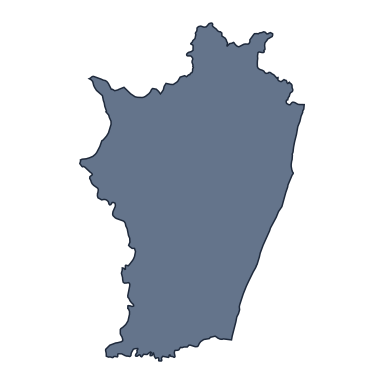 Vatomandry, Atsinanana, Madagascar (Mercator projection)
{"feature_id": "10022922B31178585124685", "entity_name": "Vatomandry", "entity_type": "district", "adm_level": 2, "iso_a3": "MDG", "parent_name": "Madagascar", "parent_adm1": "Atsinanana", "projection": "mercator", "projection_center": [48.762, -19.365], "detail": "fine", "context": "isolated", "style": "filled", "palette": "slate", "viewbox_px": 384, "rotation_deg": 0, "n_neighbors": 0, "source": "geoboundaries", "source_scale": "gbopen_adm2", "svg_char_len": 5881}
<svg xmlns="http://www.w3.org/2000/svg" viewBox="0 0 384 384"><path d="M166.0,83.4L164.2,86.3L163.3,89.9L161.5,92.6L160.4,93.9L158.6,91.4L156.3,89.2L152.7,88.5L151.6,89.4L150.5,91.7L149.0,93.6L145.4,96.4L143.7,97.2L142.2,97.5L137.4,97.3L135.1,96.8L130.6,93.8L124.0,87.3L118.8,89.4L117.7,90.0L114.7,90.7L112.4,89.3L111.3,89.3L108.3,83.4L106.9,81.6L105.4,80.6L103.2,80.1L101.3,79.2L93.6,76.4L92.5,76.5L91.8,76.9L90.3,78.2L89.2,78.7L90.9,79.6L92.3,81.0L92.8,81.9L93.7,85.5L94.7,87.6L96.5,90.4L102.4,95.6L103.4,100.6L104.2,102.8L104.8,106.3L106.5,111.2L105.9,111.8L108.7,115.1L109.4,117.6L111.0,121.2L111.1,124.2L108.5,132.8L106.6,136.0L104.9,138.0L103.1,140.0L101.8,140.8L99.9,146.4L96.6,152.7L95.2,154.4L92.8,156.4L89.5,157.8L86.2,158.8L82.1,159.2L80.4,160.0L80.6,160.9L79.8,163.6L81.9,166.4L82.5,166.8L83.5,166.5L84.8,167.1L90.2,172.2L91.6,173.2L92.2,174.1L92.3,174.7L92.1,174.9L89.9,176.7L89.7,178.5L90.7,180.2L91.3,182.1L92.1,183.7L93.6,185.3L97.7,188.2L98.3,189.6L98.2,190.5L97.9,192.6L97.5,193.5L97.4,195.9L98.0,197.8L101.7,199.9L104.1,199.4L105.9,199.7L106.8,200.2L108.3,201.6L109.0,204.1L109.8,204.9L110.8,204.6L112.2,202.5L113.6,202.5L115.0,203.2L115.4,205.1L115.2,206.6L113.0,211.6L112.6,214.1L113.0,215.6L115.2,217.8L116.4,218.5L122.6,220.7L123.9,221.3L124.6,222.1L125.3,223.3L125.8,225.9L127.2,228.8L128.5,235.5L129.7,238.2L129.9,242.2L128.6,245.3L129.7,246.6L132.1,248.4L134.5,248.4L135.5,251.6L134.5,256.6L133.3,259.3L132.4,260.7L129.3,264.7L128.2,265.8L125.9,265.2L125.4,265.6L125.4,269.2L124.8,269.4L123.8,268.3L122.3,267.9L122.2,270.3L121.4,273.2L122.5,277.4L122.7,279.9L123.2,282.2L124.4,283.1L126.6,283.0L128.3,282.6L128.9,282.8L129.8,284.1L129.7,286.0L127.8,295.5L127.9,297.2L129.0,298.5L130.1,300.9L131.4,302.6L133.4,304.5L133.7,305.9L133.3,306.2L131.9,306.5L130.4,305.9L128.4,305.6L127.9,305.8L127.8,308.5L128.5,309.0L129.5,311.4L129.5,314.3L128.0,320.9L125.8,324.5L122.8,327.3L120.9,328.6L120.3,329.6L120.3,333.7L120.6,334.6L122.0,336.9L122.7,339.2L122.7,340.8L121.2,341.8L117.6,342.7L115.6,343.0L109.8,345.2L105.7,349.3L105.6,350.5L106.2,353.2L106.3,356.2L108.5,357.1L110.2,356.9L112.3,357.6L113.1,357.4L113.5,356.7L114.0,356.5L115.6,356.5L117.3,356.9L117.7,356.5L117.8,354.3L117.9,354.0L118.4,353.8L121.6,353.8L125.1,355.6L126.7,356.1L128.0,356.1L129.7,356.5L130.2,356.3L130.9,355.5L131.1,353.8L131.5,352.5L133.3,349.3L134.8,348.7L137.7,348.5L137.9,349.0L136.9,350.6L137.2,352.3L135.9,354.2L135.5,355.2L135.6,355.9L136.0,356.2L137.2,356.2L139.1,354.9L139.8,354.8L140.7,356.4L141.7,356.8L143.6,354.3L147.1,354.5L150.3,352.0L150.8,352.1L151.4,352.6L150.2,354.4L150.0,355.0L150.3,355.7L151.9,355.6L152.4,354.9L153.0,353.3L153.5,353.1L154.4,356.4L155.6,358.4L157.4,357.7L158.5,357.9L158.8,359.1L158.7,360.6L159.0,360.9L161.3,361.0L161.7,360.6L161.8,360.1L161.5,358.8L161.5,357.8L162.8,356.3L168.4,357.4L168.9,357.0L169.2,355.2L169.9,354.9L170.4,356.0L171.0,356.4L172.5,356.5L174.1,357.3L174.6,357.2L175.0,356.4L174.3,352.8L174.7,350.7L175.0,350.4L177.5,350.3L178.8,349.9L180.4,347.5L180.9,347.3L181.9,347.7L183.9,347.0L187.3,347.0L188.9,345.2L190.2,345.1L195.2,346.7L197.3,346.6L198.1,346.0L199.4,343.3L200.8,341.5L203.8,339.5L209.3,338.6L210.4,337.3L215.1,336.2L216.8,337.2L217.5,337.9L220.0,339.1L222.0,339.3L223.4,338.9L231.5,339.9L232.2,336.1L235.9,321.7L236.8,316.9L238.5,313.6L239.6,309.8L239.3,306.8L239.7,304.8L243.2,294.0L246.4,286.0L248.6,281.3L253.2,271.9L255.4,268.1L256.3,266.2L256.3,265.6L257.0,264.7L259.3,257.2L260.2,253.1L263.1,245.2L269.5,231.0L270.5,227.9L276.2,217.3L278.5,211.6L281.9,206.6L285.8,192.4L287.6,187.2L288.0,184.9L292.1,175.1L293.2,173.6L293.2,172.8L292.5,171.9L291.8,169.7L291.2,166.4L291.2,164.3L291.6,161.4L292.1,159.5L292.4,155.2L292.2,154.1L293.0,152.2L293.6,147.0L294.6,141.8L296.5,134.2L297.8,126.6L299.9,121.4L301.1,116.1L302.7,112.4L302.7,111.0L303.8,109.1L304.2,104.6L299.2,104.5L297.9,104.3L294.9,102.6L293.6,102.2L292.6,102.2L291.9,102.6L290.0,104.8L288.6,104.6L286.6,103.4L286.1,101.7L286.5,100.3L286.9,100.0L287.7,99.9L288.1,98.1L288.5,97.2L289.2,96.5L289.9,93.9L290.5,92.8L292.1,91.7L292.7,90.8L292.8,89.6L292.1,87.7L292.0,85.2L291.3,84.0L290.4,83.5L289.5,82.3L289.0,82.8L288.7,82.7L288.3,83.3L287.8,83.5L286.9,82.6L286.7,81.3L285.9,80.3L285.2,80.3L284.0,79.6L281.3,81.6L280.7,81.6L279.0,80.9L278.1,80.1L277.7,79.1L278.1,78.0L278.0,77.5L277.7,77.6L277.4,78.2L276.9,78.2L273.7,74.7L272.4,74.1L270.7,72.8L269.9,72.4L268.9,72.4L268.1,73.1L266.0,73.4L264.8,72.6L263.8,71.1L262.4,70.3L259.5,69.3L257.9,67.9L257.4,66.6L257.3,63.3L257.4,60.9L257.7,58.4L257.5,56.0L258.0,52.7L258.5,52.2L259.4,52.0L262.2,52.6L263.5,52.5L264.1,52.0L264.2,51.5L263.8,50.8L263.9,50.3L264.8,49.7L265.0,49.1L264.6,45.4L264.9,43.2L265.2,42.5L267.1,40.2L267.3,39.5L267.8,39.0L272.2,36.5L272.7,35.0L272.6,33.7L270.4,32.6L268.8,33.2L268.3,33.7L266.9,33.9L265.0,32.1L263.6,31.8L261.8,32.6L259.7,32.9L258.2,33.8L256.9,33.6L254.5,33.7L253.8,34.4L249.9,39.8L249.9,41.8L249.4,42.9L248.6,43.9L247.6,44.1L245.2,44.0L243.7,44.3L239.1,46.7L238.2,46.7L236.5,45.8L234.6,43.7L233.9,42.6L233.4,42.4L232.0,43.2L229.7,43.6L227.3,46.0L227.0,45.9L227.0,45.3L227.5,43.6L227.4,42.5L226.6,41.5L226.4,40.2L225.2,38.2L221.9,36.0L221.8,33.0L220.4,31.8L218.9,31.6L217.5,30.7L216.4,29.2L213.1,26.7L212.4,25.7L212.7,24.2L212.2,23.3L211.2,23.0L209.1,23.6L206.3,26.8L204.1,27.2L200.8,26.1L198.8,26.5L197.5,27.4L197.0,28.1L197.0,29.7L196.7,31.2L195.6,32.7L195.4,33.5L195.8,34.7L195.0,38.6L192.9,40.6L192.2,42.2L190.8,43.5L191.0,44.2L192.7,44.9L193.1,45.9L193.0,50.3L191.3,51.6L188.7,52.3L187.8,52.9L186.9,53.8L186.6,54.8L186.9,55.5L187.6,55.9L190.4,55.9L191.4,56.4L192.6,58.1L192.8,59.1L192.1,60.9L192.0,62.2L193.0,65.0L192.8,66.6L193.4,67.3L192.6,69.1L192.6,70.9L192.2,72.2L191.9,72.6L190.4,73.4L189.9,74.6L188.5,74.9L187.0,76.4L186.5,76.7L184.6,75.7L180.2,77.1L177.8,81.2L176.6,82.3L173.2,84.5L170.7,84.4L166.0,83.4Z" fill="#64748b" stroke="#1e293b" stroke-width="1.5"/></svg>